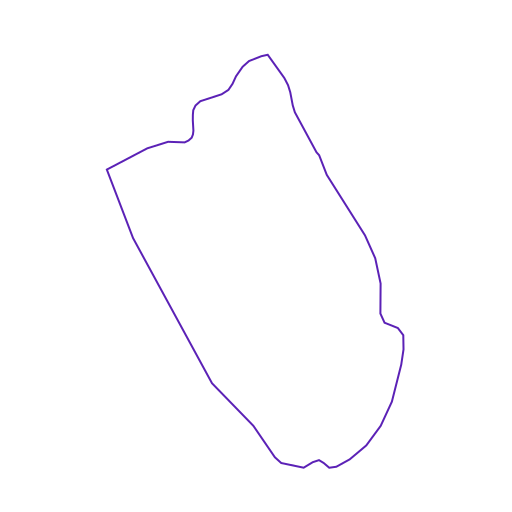 Trà Vinh, Equal Earth projection, rotated 10°
{"feature_id": "VNM-509", "entity_name": "Trà Vinh", "entity_type": "Province", "adm_level": 1, "iso_a3": "VNM", "parent_name": "Vietnam", "parent_adm1": "", "projection": "equal_earth", "projection_center": [106.315, 9.809], "detail": "fine", "context": "isolated", "style": "outline", "palette": "violet", "viewbox_px": 512, "rotation_deg": 10, "n_neighbors": 0, "source": "natural_earth", "source_scale": "10m", "svg_char_len": 812}
<svg xmlns="http://www.w3.org/2000/svg" viewBox="0 0 512 512"><g transform="rotate(10 256 256)"><path d="M232.6,55.8L253.0,75.8L257.9,82.2L261.3,88.8L266.0,101.2L269.3,107.7L297.6,143.4L300.7,145.8L311.6,163.8L359.8,216.8L373.8,237.5L383.5,261.5L388.5,291.1L394.2,299.4L408.2,302.3L414.8,308.4L417.5,322.4L417.9,337.8L415.1,375.9L408.3,401.6L397.5,423.4L383.6,440.0L371.7,449.6L364.9,451.8L358.6,448.1L353.5,446.1L347.7,449.2L339.7,456.2L316.8,455.5L309.5,450.9L282.9,423.7L234.8,389.0L131.8,259.7L94.1,196.8L94.2,196.7L130.3,168.8L149.6,158.8L166.0,156.5L169.5,154.0L172.1,150.7L172.8,147.3L172.6,143.5L170.2,133.3L169.3,127.9L168.9,123.3L170.3,118.3L174.3,113.2L194.1,102.7L200.0,97.2L203.0,90.5L205.1,82.5L210.0,71.9L215.3,65.2L226.6,58.3L232.6,55.8Z" fill="none" stroke="#5b21b6" stroke-width="2"/></g></svg>